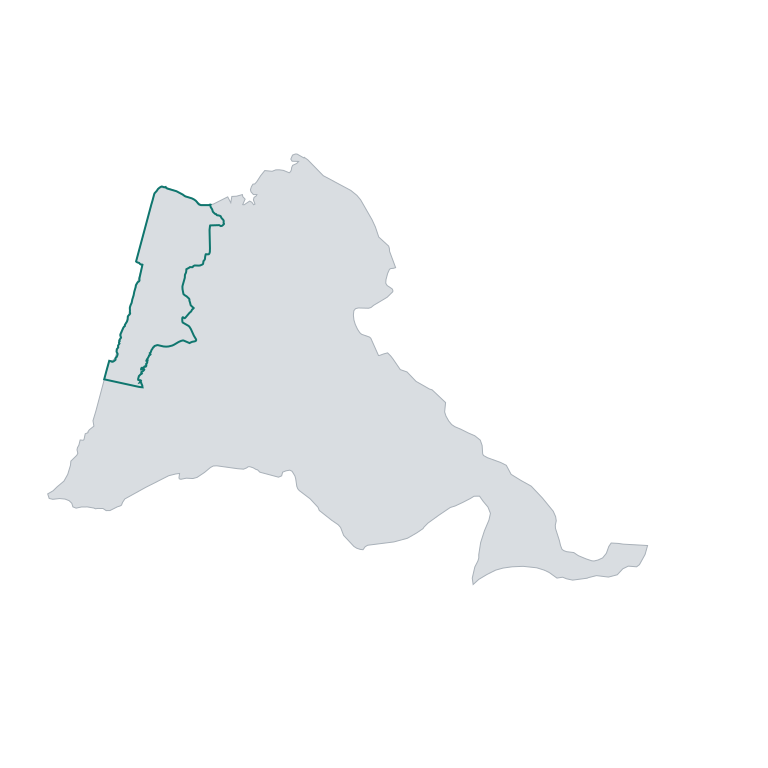 Cameroon, with Sud highlighted, rotated 105°
{"feature_id": "CMR-803", "entity_name": "Sud", "entity_type": "Province", "adm_level": 1, "iso_a3": "CMR", "parent_name": "Cameroon", "parent_adm1": "", "projection": "albers", "projection_center": [11.82, 2.912], "detail": "fine", "context": "in_parent", "style": "outline", "palette": "teal", "viewbox_px": 768, "rotation_deg": 105, "n_neighbors": 0, "source": "natural_earth", "source_scale": "10m", "svg_char_len": 7940}
<svg xmlns="http://www.w3.org/2000/svg" viewBox="0 0 768 768"><g transform="rotate(105 384 384)"><path d="M185.7,519.7L187.2,515.6L198.5,496.6L205.6,466.2L208.8,459.0L212.1,454.3L228.4,438.1L234.5,433.0L243.4,427.1L249.6,415.2L251.7,413.9L254.5,412.9L268.6,402.9L269.8,404.8L270.7,407.3L271.8,408.4L276.3,409.1L282.6,409.1L286.2,408.4L288.1,406.4L290.0,400.8L291.2,399.7L292.6,399.4L299.4,403.4L310.7,414.4L313.5,416.4L314.8,418.5L317.2,428.5L318.6,431.0L321.0,432.1L325.4,431.4L330.0,429.6L334.0,427.1L337.9,423.8L340.6,420.8L341.8,418.5L342.4,410.3L343.2,408.6L357.9,396.7L357.5,395.6L355.1,392.2L353.0,388.6L355.2,384.8L357.4,381.9L365.9,372.0L366.4,364.9L373.2,353.7L377.1,338.8L377.2,336.0L386.0,319.7L395.3,318.2L398.9,315.9L403.0,311.9L405.7,308.1L406.9,304.5L407.9,297.6L409.5,289.8L410.5,282.9L413.3,276.5L418.0,273.3L426.0,270.6L427.3,269.4L428.4,265.1L429.6,251.1L430.9,244.8L438.4,237.8L441.7,226.8L444.6,215.3L453.1,201.5L463.1,187.6L467.7,183.9L471.6,182.2L476.1,182.0L479.1,181.0L489.8,174.1L494.3,171.7L497.6,169.3L498.4,167.3L498.7,164.2L497.7,157.1L499.5,151.9L500.6,143.8L501.0,137.5L500.6,135.3L498.6,131.7L495.4,127.8L490.0,125.4L482.7,124.8L478.8,123.4L477.3,116.2L476.8,111.6L471.8,87.6L481.1,87.7L492.4,90.5L495.2,92.7L496.7,100.9L500.7,105.5L507.9,109.3L512.4,117.2L514.1,129.2L518.1,136.4L519.0,137.5L524.6,151.0L524.9,157.3L524.4,161.5L526.7,166.7L523.3,175.7L522.3,181.2L522.0,188.9L524.1,202.4L527.4,212.9L531.0,221.4L534.9,228.0L541.3,235.2L548.2,241.9L554.6,246.0L548.7,248.5L537.2,248.9L530.7,247.5L527.5,247.4L524.3,248.3L512.1,249.6L499.8,249.0L488.3,247.4L481.4,247.7L476.0,251.7L471.7,257.8L467.6,262.7L469.1,268.0L472.2,270.9L478.1,277.4L483.4,283.7L486.1,288.0L496.7,297.2L506.9,305.5L511.8,308.3L513.6,308.9L519.2,313.7L526.9,321.4L534.0,333.6L544.0,358.1L546.1,360.1L549.5,361.4L549.9,364.0L549.7,367.8L548.7,371.0L540.7,383.8L533.8,388.8L531.8,391.8L529.2,399.2L522.9,413.8L520.2,415.8L514.0,425.7L508.9,438.2L507.6,440.1L505.5,441.7L498.3,444.8L495.8,446.3L492.1,450.2L491.6,452.7L493.3,456.3L495.4,459.1L499.2,459.1L501.3,461.8L501.3,481.1L499.6,484.0L499.7,485.3L498.8,488.6L498.6,492.3L499.1,493.8L500.6,495.0L502.6,497.6L503.7,503.5L506.3,524.4L507.4,527.7L509.5,530.0L515.9,534.5L522.6,540.4L524.8,544.2L526.1,550.5L528.6,555.5L528.6,557.2L527.5,557.8L523.3,558.3L524.8,561.9L528.3,568.2L545.5,587.4L562.1,604.6L566.0,605.9L568.9,606.2L570.1,607.3L571.6,609.7L577.2,616.0L578.2,619.6L577.0,623.1L578.3,628.4L579.2,630.4L578.9,632.1L579.5,638.7L581.1,644.4L583.6,649.3L583.2,652.7L580.0,654.7L578.2,657.9L577.7,662.3L578.6,667.7L581.1,674.1L581.2,677.8L577.2,680.4L572.8,676.0L567.9,673.1L560.6,668.0L553.2,666.1L543.6,665.8L539.5,666.5L532.4,662.3L530.2,661.8L527.0,663.5L524.8,663.6L522.1,662.9L516.7,663.0L516.2,660.0L515.3,659.4L509.4,659.7L507.6,657.3L506.8,657.6L504.5,656.8L499.8,653.3L494.8,655.6L484.6,655.3L432.7,655.4L431.4,652.1L428.8,650.4L424.2,650.3L410.4,650.9L399.9,650.4L392.8,649.2L384.0,648.4L373.1,649.0L362.0,649.0L342.1,648.1L331.1,648.2L331.4,650.2L330.7,651.6L330.1,655.1L259.6,655.0L253.9,652.6L252.2,651.1L251.6,648.2L250.3,647.9L251.4,635.6L253.8,625.4L254.8,615.9L258.1,607.4L256.3,599.0L254.3,595.3L243.7,583.4L248.6,578.9L242.2,579.5L240.8,575.1L237.7,569.8L239.6,568.9L241.4,566.0L247.3,566.9L247.1,565.5L242.1,561.1L242.6,558.8L244.6,556.3L243.6,555.2L240.0,557.8L237.4,557.8L235.4,556.1L233.9,555.8L234.8,559.2L232.8,562.2L230.9,563.3L227.6,563.1L224.9,562.3L224.2,560.6L221.7,559.3L214.6,557.0L208.7,554.4L207.5,547.1L205.2,544.0L204.2,540.5L203.7,536.4L204.5,530.2L203.0,529.2L201.3,528.9L198.7,529.2L196.4,528.8L193.6,525.4L191.1,524.1L192.6,530.4L190.9,532.2L186.6,531.6L184.8,529.2L184.4,527.5L186.4,519.8L185.7,519.7Z" fill="#d9dde1" stroke="#a8b0b8" stroke-width="1"/><path d="M353.0,649.2L352.2,649.1L349.5,648.3L348.5,647.4L348.0,647.1L347.2,647.0L346.6,647.2L345.2,647.6L331.3,648.2L331.2,648.6L331.4,649.3L331.5,650.0L331.2,650.7L330.8,651.3L330.4,651.9L330.4,652.7L330.4,653.4L330.3,654.0L330.1,654.7L329.7,655.2L314.1,655.2L298.5,655.2L282.9,655.2L282.1,655.2L270.6,655.2L267.2,655.1L260.2,655.1L259.2,655.0L255.9,653.3L255.0,653.1L254.0,652.7L252.7,651.8L251.5,650.8L250.8,649.9L250.7,648.9L250.9,647.8L250.8,646.8L250.2,645.9L250.9,645.3L250.9,645.0L251.3,644.1L251.5,634.4L253.1,627.4L254.0,625.2L254.2,624.4L254.4,617.7L254.9,615.3L255.7,613.2L256.7,611.7L257.8,610.3L258.5,608.9L258.6,607.2L256.6,599.6L255.7,598.4L255.7,598.0L256.2,598.1L256.5,598.0L257.1,597.7L258.0,597.1L258.3,596.9L258.6,596.5L259.1,595.9L259.6,595.4L260.2,594.9L261.6,594.1L261.9,593.8L262.1,593.6L263.3,591.4L263.4,591.2L263.5,590.8L263.4,590.3L263.4,590.0L263.5,589.9L264.0,589.4L264.1,589.2L264.2,588.8L264.2,588.7L264.0,587.9L264.0,587.3L264.0,586.2L264.2,585.3L264.3,585.1L264.5,585.0L265.4,584.2L265.8,583.8L266.5,582.7L266.7,582.3L266.9,582.0L267.2,581.7L267.5,581.3L267.7,581.2L267.9,581.1L268.2,581.0L268.5,580.9L269.7,580.7L269.9,580.6L270.0,580.6L270.5,580.1L270.8,580.0L271.5,580.3L272.5,580.9L273.3,581.6L273.7,582.6L273.2,584.3L275.8,592.9L276.2,593.0L280.3,592.4L296.7,587.6L298.1,587.2L301.5,586.4L302.6,586.4L303.6,586.6L304.0,586.9L304.2,587.3L304.5,588.4L304.7,589.6L305.0,589.8L307.2,589.7L309.7,589.3L310.9,589.6L311.6,589.9L312.1,590.2L312.7,590.1L314.3,589.9L314.9,589.9L315.6,590.4L317.1,592.3L317.6,593.6L318.5,597.5L319.1,598.3L319.7,598.8L320.2,598.9L320.7,599.2L320.9,599.8L321.2,601.3L321.4,601.8L322.1,602.3L324.3,604.6L326.2,604.2L327.7,604.1L329.8,604.5L330.7,604.4L332.9,603.9L341.0,604.0L342.2,603.9L344.7,603.1L348.6,601.2L349.2,600.8L350.0,598.9L350.4,597.4L352.0,594.4L352.6,593.9L353.7,593.6L354.4,593.2L355.4,592.5L357.8,591.2L358.2,590.7L359.9,587.5L360.8,587.9L361.7,588.6L363.5,589.0L364.2,589.3L365.4,590.2L371.3,593.0L372.0,593.5L372.1,594.0L371.8,594.6L371.6,595.1L371.7,595.7L372.3,595.9L373.2,595.8L375.7,595.0L376.7,594.4L378.5,587.7L379.2,586.6L381.0,584.7L386.5,580.2L389.4,577.2L390.1,576.8L390.6,576.8L391.1,577.0L391.3,577.3L391.7,577.7L392.9,580.2L394.0,581.6L394.8,582.4L393.9,588.7L393.9,589.1L394.0,589.6L394.3,590.1L394.9,591.2L396.6,593.3L400.2,596.8L401.6,598.4L403.5,601.8L404.3,604.1L404.8,606.7L405.0,612.6L405.2,613.2L406.7,615.5L407.0,615.6L408.0,616.0L408.4,616.3L408.5,616.5L409.9,616.8L410.9,617.2L411.6,617.4L413.3,617.5L414.1,617.7L414.8,618.2L415.8,617.2L416.3,617.4L417.1,618.3L417.5,618.3L418.1,618.3L420.5,618.9L421.2,619.2L421.5,618.9L421.8,618.6L422.2,618.5L422.5,619.5L422.8,619.6L423.2,619.5L423.3,619.0L423.7,618.5L424.4,618.3L425.2,618.4L425.9,618.9L426.3,618.7L426.6,618.6L426.8,618.6L427.3,618.8L427.9,618.3L428.7,618.5L429.2,619.2L429.1,619.9L430.3,620.4L430.7,620.8L431.0,622.1L431.4,622.4L432.0,622.5L432.6,622.4L432.3,621.9L431.6,620.3L431.6,619.9L432.1,619.3L432.6,619.4L433.1,619.7L433.6,619.9L434.6,621.1L435.0,621.4L435.7,621.4L436.1,621.3L436.3,621.2L436.4,620.6L436.8,620.7L437.2,621.1L437.3,621.4L439.3,622.5L439.8,622.8L442.9,622.8L443.6,622.5L443.7,621.9L443.4,620.4L443.6,619.7L444.1,619.8L444.9,620.1L445.6,620.3L445.0,619.4L445.1,619.1L445.9,618.8L447.9,617.2L448.4,616.9L449.1,616.7L449.7,616.4L450.2,619.7L451.9,655.4L451.9,655.5L449.7,655.5L441.7,655.5L432.7,655.4L432.7,654.1L432.9,652.5L432.7,651.8L432.2,651.2L431.4,650.5L430.6,649.9L430.0,649.6L429.7,649.7L428.9,650.0L428.4,650.0L428.1,649.9L427.3,649.3L425.9,649.0L424.3,649.0L423.8,649.1L423.2,649.6L422.2,650.6L421.7,650.8L419.5,651.1L418.0,650.4L417.2,650.2L416.5,650.6L415.9,650.8L415.0,650.6L413.4,650.0L412.9,650.5L412.3,650.8L411.6,650.7L410.9,650.4L410.4,651.0L409.4,650.8L408.2,650.3L407.3,650.0L406.7,650.3L406.1,650.8L405.3,651.3L404.3,651.5L397.2,650.4L396.0,650.0L395.1,649.3L393.9,649.6L393.0,649.3L390.1,648.4L388.1,648.3L385.2,648.9L384.3,648.7L382.6,647.7L381.9,647.5L381.4,647.5L380.3,648.1L379.8,648.2L378.8,648.4L376.7,649.1L375.7,649.3L373.4,649.2L371.3,648.8L370.4,648.8L367.3,649.0L363.4,648.8L359.4,649.1L354.8,649.0L353.0,649.2Z" fill="none" stroke="#0f766e" stroke-width="2"/></g></svg>